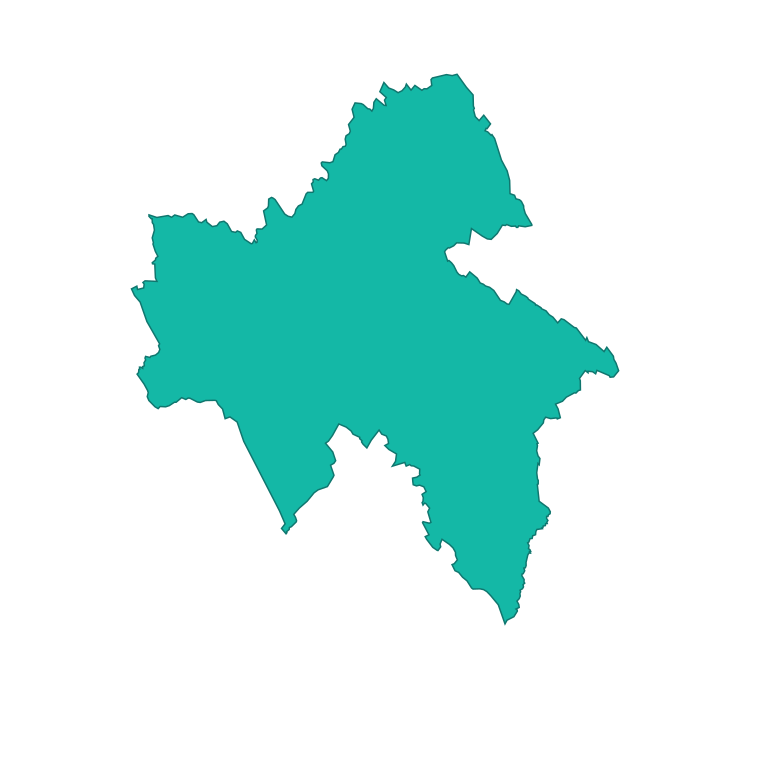 the district of Makarfi, Kaduna, Nigeria, rotated 153°
{"feature_id": "59680162B77220990792423", "entity_name": "Makarfi", "entity_type": "district", "adm_level": 2, "iso_a3": "NGA", "parent_name": "Nigeria", "parent_adm1": "Kaduna", "projection": "equal_earth", "projection_center": [7.915, 11.329], "detail": "fine", "context": "isolated", "style": "filled", "palette": "teal", "viewbox_px": 768, "rotation_deg": 153, "n_neighbors": 0, "source": "geoboundaries", "source_scale": "gbopen_adm2", "svg_char_len": 6171}
<svg xmlns="http://www.w3.org/2000/svg" viewBox="0 0 768 768"><g transform="rotate(153 384 384)"><path d="M216.9,628.5L220.9,636.0L226.5,633.6L227.9,641.1L230.2,638.9L234.8,637.1L239.2,637.2L241.8,641.6L245.4,645.6L247.2,652.7L255.0,646.3L251.9,638.2L254.7,636.7L255.7,631.2L257.4,632.3L261.4,641.7L265.1,639.6L268.4,634.3L270.9,632.7L271.8,635.4L273.5,636.6L275.6,642.3L277.0,644.2L282.2,647.6L287.7,643.3L289.6,635.2L297.8,631.3L299.2,624.6L301.3,622.8L305.1,622.4L307.4,619.8L309.0,614.7L310.5,613.4L312.8,614.1L315.2,612.7L316.5,613.2L319.5,611.0L323.5,610.5L328.5,605.3L331.7,605.7L338.2,609.9L339.6,609.4L340.3,606.6L337.8,599.7L338.1,596.4L340.2,592.5L342.9,591.3L345.6,596.0L347.1,596.4L349.8,595.3L352.5,598.3L354.4,598.4L355.4,596.1L357.7,595.3L359.2,587.7L360.4,587.1L364.9,589.4L367.0,588.8L375.3,581.5L379.4,581.5L383.2,579.6L386.1,576.3L390.3,574.5L393.3,577.0L395.3,580.5L397.3,597.7L398.3,599.8L399.5,601.3L402.8,601.1L406.2,595.0L407.8,593.7L412.7,592.9L416.4,579.0L422.3,577.4L426.7,579.8L427.8,579.2L428.9,575.7L431.0,574.8L431.9,573.5L431.6,569.7L432.9,567.9L433.9,568.0L434.1,571.3L437.4,569.0L438.7,569.3L442.6,576.2L442.8,584.1L445.2,587.0L447.4,586.5L450.6,589.1L450.9,597.9L452.7,601.7L456.9,602.8L461.0,600.9L465.5,602.2L468.4,608.6L467.8,611.4L473.2,610.5L475.7,612.6L476.6,621.2L477.6,623.0L481.2,624.6L487.7,624.0L493.7,629.6L497.6,629.0L499.9,632.1L510.8,635.5L516.6,641.4L517.3,640.1L516.4,636.9L515.6,636.5L517.2,632.9L516.9,630.7L518.7,625.3L524.2,619.4L525.3,614.6L526.3,613.6L527.5,606.2L527.5,600.4L530.3,599.7L531.4,598.2L535.4,597.3L535.7,596.2L533.8,594.9L539.5,582.3L539.7,578.5L550.1,584.4L552.7,583.9L552.4,581.8L554.5,578.7L560.7,580.1L559.8,583.4L565.8,583.4L566.1,576.1L564.1,567.7L566.9,547.3L565.7,521.6L567.5,520.5L568.0,516.6L570.5,514.4L574.5,513.5L579.2,514.6L580.5,513.9L583.9,516.8L585.2,515.6L585.5,513.6L588.2,511.9L589.3,509.0L591.0,509.1L591.9,507.5L592.9,509.3L594.2,510.0L594.9,508.1L595.8,508.3L597.5,505.6L599.5,504.9L597.8,492.8L597.6,485.6L598.0,483.3L600.7,480.2L601.0,476.0L598.4,467.7L596.4,464.6L593.7,465.6L588.9,462.8L585.1,462.2L579.0,462.9L577.5,462.1L570.5,463.7L567.6,460.2L564.9,460.4L563.4,459.5L558.5,452.7L556.1,451.0L550.5,450.3L542.2,446.3L541.0,445.3L541.0,441.0L539.2,435.0L541.3,425.2L536.2,424.6L532.1,416.8L535.0,396.6L534.7,318.2L535.6,304.3L540.9,301.8L539.3,295.0L538.0,295.6L537.9,296.6L534.6,297.4L533.4,299.1L531.3,298.9L524.7,301.0L523.9,302.0L523.4,305.4L523.6,308.8L515.8,311.9L505.8,314.4L495.7,318.8L490.7,319.6L481.0,318.3L471.5,324.2L470.0,325.4L468.5,335.9L464.6,336.1L461.9,337.6L460.5,346.7L463.0,357.8L459.5,358.3L453.3,361.5L442.4,368.9L437.2,362.7L434.6,357.0L434.4,353.4L429.8,347.5L430.5,346.3L429.4,343.5L430.3,342.6L430.0,339.9L428.3,334.8L420.9,339.7L409.3,345.2L408.8,340.4L405.5,336.6L405.6,332.9L407.0,328.9L411.2,328.8L409.4,323.5L404.6,316.0L408.8,309.9L413.8,307.0L401.1,304.7L401.5,300.8L397.6,300.5L396.9,298.8L394.8,297.5L390.8,291.9L393.2,287.7L393.2,286.5L397.1,286.1L401.3,287.2L402.7,283.8L403.7,281.0L401.4,278.5L398.2,277.7L395.2,274.3L395.3,269.0L400.2,268.4L400.6,264.9L402.6,261.7L403.9,261.0L404.2,258.4L401.9,259.5L401.0,258.5L399.7,252.7L403.0,250.2L405.0,239.4L406.8,239.4L411.7,243.6L412.6,243.0L412.4,229.2L416.6,229.3L416.5,226.3L414.7,216.3L412.1,211.6L411.5,211.1L407.4,213.2L406.7,215.9L402.8,219.3L398.5,211.3L396.9,206.6L396.7,201.7L398.1,198.7L398.5,194.0L403.0,192.0L405.4,192.2L405.5,185.4L403.0,182.2L401.7,176.1L399.4,170.9L398.6,162.5L397.8,160.9L391.6,158.0L388.6,155.6L386.6,152.3L385.0,147.0L382.4,135.4L385.1,115.3L381.6,117.7L373.9,117.7L368.3,121.1L367.9,122.1L368.6,123.6L365.0,123.5L364.0,126.4L364.1,130.2L361.1,131.3L358.9,133.2L358.0,135.7L356.6,136.8L356.4,138.5L353.6,138.7L351.8,139.9L351.2,142.1L349.0,142.7L349.2,143.9L347.9,146.2L348.2,150.6L347.2,152.0L346.1,151.8L343.4,153.7L343.0,156.5L341.5,156.1L339.8,157.7L338.4,160.6L333.3,166.6L331.4,167.6L330.4,166.9L330.4,168.6L329.3,168.1L329.2,170.2L330.0,171.7L328.1,174.2L328.1,177.3L326.7,177.4L324.1,179.9L322.1,179.1L320.4,181.3L317.4,180.9L315.7,183.6L313.8,185.0L308.6,183.2L308.7,184.1L307.6,183.9L306.6,185.2L304.5,184.6L303.4,186.2L301.9,185.6L301.8,186.8L299.9,188.0L300.2,190.3L299.2,192.2L298.0,191.6L296.9,192.8L294.9,193.0L293.8,194.7L293.9,198.9L299.0,209.1L293.0,224.9L292.0,224.9L290.3,228.2L290.4,229.6L288.2,235.6L282.9,243.3L282.4,241.6L278.9,246.8L279.4,250.1L278.3,255.2L275.3,259.3L274.8,261.4L273.6,261.3L273.5,272.4L268.0,273.4L259.7,277.0L257.8,279.6L255.0,281.0L251.2,277.5L246.3,275.7L245.2,274.9L245.4,274.2L242.2,273.9L240.2,282.8L240.3,288.2L232.8,287.6L227.5,289.5L218.4,289.7L217.1,288.8L213.7,289.9L211.7,289.5L207.6,297.8L207.3,300.2L198.6,304.6L197.1,301.4L196.4,302.7L192.6,300.3L190.8,297.0L188.1,299.5L179.5,289.2L179.5,287.4L176.2,286.1L168.9,289.3L167.8,297.2L168.0,301.6L167.0,304.6L168.8,315.6L173.2,313.0L177.1,322.9L182.6,328.9L182.2,333.2L184.5,331.4L187.2,346.6L188.9,348.1L194.4,359.6L196.5,361.6L201.5,359.6L203.1,366.8L205.4,370.8L206.4,375.6L209.5,379.6L209.4,380.5L212.1,385.2L213.1,385.5L212.9,387.1L216.9,394.0L216.8,395.4L217.9,397.8L220.9,401.9L221.6,405.9L223.0,407.9L224.3,406.2L236.4,398.2L238.0,399.4L239.6,402.6L242.3,405.7L243.7,417.5L246.0,422.2L249.1,425.3L250.1,427.7L252.4,430.3L252.9,436.1L256.7,445.0L262.5,442.1L264.0,444.6L265.8,445.1L267.6,447.8L268.2,450.6L268.1,457.8L268.8,461.3L270.1,464.6L271.5,464.6L270.0,474.3L268.1,475.4L264.9,476.3L263.9,475.5L259.2,475.5L255.2,476.8L248.6,473.2L245.1,469.7L235.5,482.8L229.3,471.2L226.1,466.4L222.8,464.2L214.8,466.7L206.4,471.8L203.8,470.1L202.3,470.4L199.0,466.7L195.1,465.0L194.9,463.4L193.7,462.8L192.2,463.8L186.8,460.0L180.3,458.2L179.9,459.0L180.7,471.8L179.7,477.2L178.7,479.3L178.7,484.4L179.6,486.6L182.4,489.1L182.0,492.9L185.3,496.4L179.6,508.4L177.5,518.0L177.7,530.2L174.0,552.4L174.6,557.2L175.6,556.9L177.1,561.5L179.0,563.8L177.0,565.4L176.3,564.7L171.0,567.4L173.1,578.2L179.7,575.5L181.3,580.8L179.8,587.6L178.4,588.6L178.2,591.0L173.4,601.1L175.9,611.1L178.3,626.8L183.2,627.8L187.9,631.3L201.9,634.7L203.9,633.9L205.9,628.3L211.8,627.5L214.2,628.9L216.9,628.5Z" fill="#14b8a6" stroke="#0f766e" stroke-width="1.5"/></g></svg>